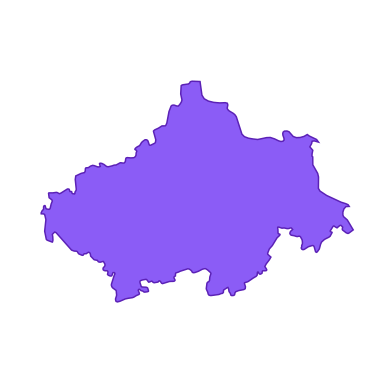 the Region of Donets'k, rotated 260°
{"feature_id": "UKR-327", "entity_name": "Donets'k", "entity_type": "Region", "adm_level": 1, "iso_a3": "UKR", "parent_name": "Ukraine", "parent_adm1": "", "projection": "mercator", "projection_center": [37.457, 48.054], "detail": "fine", "context": "isolated", "style": "filled", "palette": "violet", "viewbox_px": 384, "rotation_deg": 260, "n_neighbors": 0, "source": "natural_earth", "source_scale": "10m", "svg_char_len": 5993}
<svg xmlns="http://www.w3.org/2000/svg" viewBox="0 0 384 384"><g transform="rotate(260 192 192)"><path d="M299.4,219.1L285.7,218.6L281.7,220.2L278.7,223.9L276.5,228.9L274.9,234.8L274.2,240.2L273.3,242.2L271.5,242.4L268.4,241.2L267.1,241.5L265.4,242.7L262.2,246.4L260.6,247.7L258.4,248.7L240.3,251.2L237.4,253.2L235.2,256.9L233.6,261.4L232.3,265.8L232.6,274.9L232.1,278.6L230.0,282.5L227.4,286.1L226.3,288.3L226.2,290.3L227.2,291.7L228.9,291.9L232.1,291.4L233.7,291.5L235.1,292.1L235.9,293.5L235.6,296.1L234.5,298.0L229.1,301.3L227.4,304.2L226.9,308.0L227.3,312.0L228.6,315.5L226.8,317.2L222.1,323.8L219.2,325.2L221.1,321.2L221.1,319.1L218.9,318.2L216.0,315.9L212.1,318.2L208.8,316.9L206.6,316.4L205.6,317.0L197.8,315.7L188.5,319.0L184.8,319.2L173.6,317.1L170.7,318.2L165.2,324.0L156.1,337.0L153.8,341.4L152.4,343.5L150.5,344.3L150.9,341.1L149.0,338.7L146.0,337.1L143.1,336.6L141.4,337.0L137.5,340.1L126.7,344.2L124.3,339.4L124.1,338.5L124.3,337.9L125.1,336.7L128.4,333.7L129.3,333.5L131.3,334.3L133.3,332.9L133.4,332.4L133.3,331.7L131.5,328.6L132.6,327.2L133.8,326.0L133.9,325.6L133.7,325.0L129.6,321.3L129.0,321.4L128.0,322.9L127.7,322.9L124.4,320.3L123.7,318.9L122.6,315.1L122.0,313.7L120.2,310.9L118.3,309.6L113.8,307.5L111.7,305.4L111.2,304.8L111.0,304.0L111.7,303.3L116.8,302.8L117.5,302.6L118.1,302.1L118.4,301.2L117.9,297.1L116.0,292.6L115.9,291.3L116.5,290.3L117.9,289.8L118.9,290.5L120.5,290.8L121.5,291.6L122.5,291.9L124.1,292.1L125.9,292.1L129.1,291.0L129.7,290.4L129.9,289.5L129.8,288.1L130.1,287.1L131.2,285.0L132.1,282.5L132.6,281.8L133.3,281.4L134.3,281.2L135.5,281.7L136.4,282.6L137.6,284.6L139.2,283.7L139.4,283.4L139.5,282.9L139.2,280.8L139.4,279.3L140.6,276.5L140.7,274.9L140.9,274.0L142.3,271.5L142.5,270.7L142.4,270.3L141.7,270.1L140.2,270.1L136.6,269.6L135.9,269.9L135.3,271.0L135.0,271.3L134.6,271.2L134.0,270.7L132.1,267.8L125.3,261.8L123.0,258.9L122.4,258.2L118.6,255.9L117.5,255.8L114.2,258.4L111.8,256.4L108.4,252.7L106.0,250.8L103.3,251.9L102.4,252.1L102.0,251.9L101.7,251.5L101.7,250.6L102.1,248.2L102.0,247.8L101.8,247.5L99.9,246.9L99.4,245.9L99.2,244.7L99.8,244.0L101.7,243.2L101.8,242.9L101.6,242.5L98.8,241.7L97.8,240.5L96.6,237.3L94.2,232.0L93.9,231.1L93.6,228.4L93.5,228.0L93.2,227.8L92.6,227.8L89.4,228.2L87.5,227.6L86.9,226.1L86.8,220.8L86.2,217.8L85.4,216.9L83.4,216.1L82.9,215.2L83.0,213.6L83.2,212.9L83.8,212.3L85.3,212.2L87.5,211.2L90.4,211.2L91.8,210.8L91.7,210.1L90.0,206.2L89.2,205.8L87.7,205.5L86.9,204.5L86.9,203.0L86.4,200.7L86.7,193.2L86.9,192.0L87.5,190.8L88.7,190.2L90.6,190.1L93.6,189.3L94.5,189.3L99.6,190.9L100.5,191.8L100.8,193.0L101.9,193.9L105.2,194.8L108.2,196.4L108.7,196.5L109.5,196.2L112.7,193.7L114.2,191.9L114.3,190.5L114.1,188.6L112.8,184.5L112.2,181.0L112.2,179.8L112.4,179.0L113.0,178.3L113.9,178.1L115.2,177.3L116.5,176.0L117.1,174.6L116.0,166.5L115.5,164.8L115.1,162.1L114.5,161.6L112.2,161.1L111.8,160.0L111.2,159.4L110.3,159.4L108.3,160.0L107.9,159.9L107.4,159.3L107.2,158.5L107.8,154.4L106.9,147.1L107.5,146.2L109.5,145.3L110.2,144.4L110.1,144.0L109.2,142.9L109.2,138.9L109.8,138.0L111.0,137.2L111.2,136.7L110.7,134.1L110.8,133.6L113.2,132.4L113.8,131.9L114.0,131.4L114.0,128.0L113.7,126.2L113.3,125.4L113.0,125.2L112.0,125.0L107.8,125.6L107.4,125.9L107.0,126.8L106.2,130.3L105.7,131.2L105.0,131.7L102.3,132.0L101.7,131.8L101.5,130.7L101.6,128.2L101.8,127.4L102.9,126.4L103.8,124.6L105.3,123.4L105.3,122.6L104.7,122.0L104.3,122.0L101.3,122.6L100.8,122.5L100.3,121.9L99.7,119.3L98.5,116.3L98.3,114.8L98.4,111.2L98.3,107.8L96.9,102.0L96.7,99.5L97.3,98.4L97.7,98.1L99.1,98.0L100.2,98.2L102.8,99.6L103.8,99.9L107.9,100.2L108.3,100.1L111.4,97.2L112.6,96.6L114.0,96.4L115.1,96.6L123.4,100.9L124.7,101.8L125.5,101.9L126.2,101.3L126.3,100.3L125.7,99.7L123.9,98.8L123.4,98.4L123.3,97.7L123.5,96.8L124.5,95.2L125.0,94.8L125.6,94.5L127.5,95.3L128.4,95.3L128.9,95.0L129.2,94.6L129.5,92.8L129.9,91.9L130.7,91.1L131.1,91.0L132.5,91.2L134.2,93.2L135.0,93.6L136.2,93.7L138.7,92.8L139.1,92.4L138.8,89.7L139.1,88.5L139.5,87.7L141.1,86.9L142.2,84.1L142.5,83.7L146.4,81.1L148.8,81.1L149.8,80.8L150.6,79.9L150.5,79.0L149.6,77.1L149.9,75.1L148.7,73.8L148.7,72.9L150.6,69.9L151.1,69.5L153.1,68.7L153.6,68.2L153.8,67.7L154.3,65.7L155.4,63.8L155.7,63.3L175.4,51.2L176.1,50.4L176.4,49.9L176.2,49.5L175.0,47.7L174.4,47.1L172.1,47.1L168.8,46.7L167.1,46.0L166.9,45.7L169.7,41.0L170.7,40.3L179.0,40.1L190.1,43.3L194.0,43.1L195.5,42.9L196.2,42.0L196.7,39.7L197.6,39.8L199.5,41.1L200.8,42.8L203.3,43.3L204.1,43.9L204.2,44.7L203.9,45.0L201.1,45.3L200.5,45.9L199.8,48.0L199.8,48.6L200.1,49.1L200.8,49.6L204.6,51.2L207.4,52.9L208.6,52.6L211.2,50.3L215.6,50.5L215.9,50.7L215.9,51.4L215.3,54.8L215.2,58.3L214.8,59.3L213.4,61.0L213.5,62.1L214.1,63.7L216.6,69.8L216.5,70.5L216.2,71.3L215.9,71.5L213.7,71.9L213.3,73.5L211.5,73.7L211.2,74.0L210.8,74.9L210.5,75.9L210.7,76.3L212.3,76.8L213.7,78.1L214.8,78.5L224.6,79.2L228.0,80.3L229.6,86.1L229.8,89.4L230.9,90.4L233.6,91.1L234.0,91.4L234.2,91.9L234.0,94.2L235.1,96.5L235.5,98.8L234.9,100.4L233.2,103.3L232.9,104.3L232.9,105.4L233.1,106.1L235.7,105.8L236.1,105.9L236.3,106.3L236.2,107.1L235.8,108.2L234.4,110.1L231.9,112.4L231.4,113.9L231.6,117.7L232.0,120.0L231.8,122.0L233.2,126.2L233.2,126.9L232.5,129.0L232.3,130.0L232.9,131.0L233.8,131.7L236.2,132.5L237.0,133.1L237.1,134.3L236.2,137.6L235.9,140.2L236.0,141.1L236.7,142.3L237.8,143.2L240.2,143.8L241.8,144.7L242.7,144.4L243.8,143.2L244.3,143.3L245.0,144.0L245.9,145.7L246.7,148.2L247.5,149.2L249.3,150.7L250.2,151.9L251.4,154.3L251.6,154.9L251.5,155.6L251.2,156.5L250.6,157.1L249.9,157.5L245.9,158.1L245.3,158.7L245.3,159.5L246.5,163.7L247.2,164.6L249.7,165.4L258.3,164.6L258.8,164.7L259.7,166.2L260.7,170.0L262.3,173.9L261.8,177.0L262.0,177.5L262.5,178.0L264.3,179.2L275.2,183.3L280.2,186.3L280.8,187.3L280.9,188.5L280.6,189.7L279.4,191.8L279.0,193.4L280.3,195.1L282.4,197.1L284.4,198.1L290.5,197.9L298.6,199.8L299.0,200.5L299.2,201.7L299.0,207.2L299.7,208.6L300.9,209.5L301.1,211.3L299.4,219.1Z" fill="#8b5cf6" stroke="#5b21b6" stroke-width="1.5"/></g></svg>